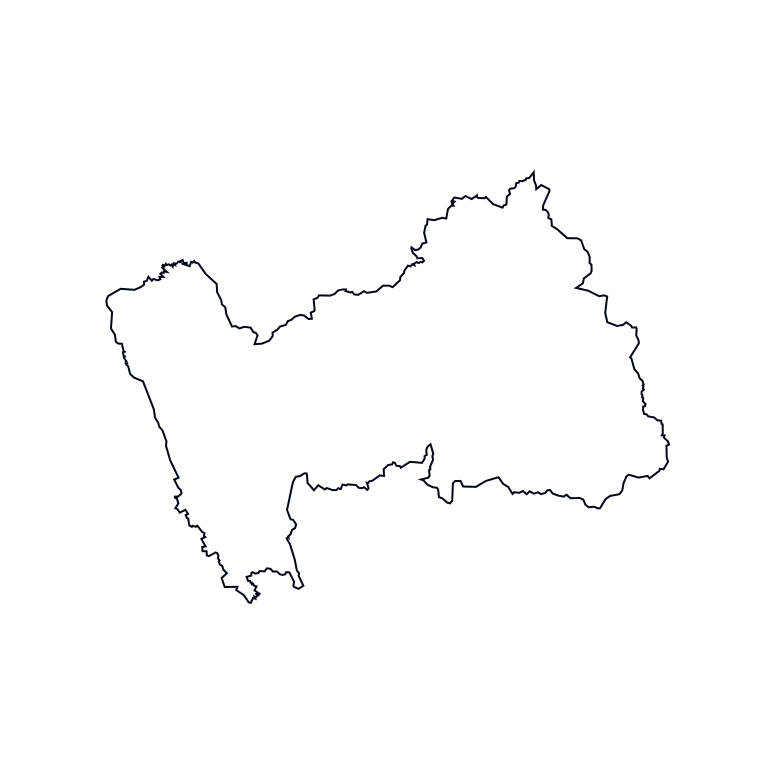 the district of El Carmen De Bolívar, Bolívar, Colombia, rotated 324°
{"feature_id": "7082276B24819369766558", "entity_name": "El Carmen De Bolívar", "entity_type": "district", "adm_level": 2, "iso_a3": "COL", "parent_name": "Colombia", "parent_adm1": "Bolívar", "projection": "natural_earth1", "projection_center": [-75.182, 9.704], "detail": "fine", "context": "isolated", "style": "outline", "palette": "ink", "viewbox_px": 768, "rotation_deg": 324, "n_neighbors": 0, "source": "geoboundaries", "source_scale": "gbopen_adm2", "svg_char_len": 6166}
<svg xmlns="http://www.w3.org/2000/svg" viewBox="0 0 768 768"><g transform="rotate(324 384 384)"><path d="M618.6,414.4L622.0,409.3L621.4,407.0L625.0,402.3L626.4,396.9L625.3,392.5L627.9,383.7L626.1,379.8L618.0,373.8L615.0,360.3L612.7,354.8L616.1,349.3L614.5,346.2L617.0,343.7L617.6,340.5L617.1,338.1L615.0,336.3L618.0,332.9L631.1,325.3L632.2,323.6L628.2,315.5L621.7,315.9L623.7,312.8L625.1,307.4L629.6,300.7L622.6,302.7L619.8,301.2L619.0,302.0L615.2,301.3L612.8,299.3L611.4,300.3L608.9,299.3L606.5,301.8L604.5,302.1L600.7,300.1L599.0,300.8L597.6,304.4L593.6,304.5L588.5,310.7L585.9,309.9L583.6,311.0L578.0,302.7L576.4,292.6L574.6,292.9L569.4,288.6L569.1,287.0L570.0,286.0L563.6,285.9L560.4,279.8L555.9,280.0L550.5,274.5L546.0,275.8L545.5,277.0L546.9,276.1L548.3,277.9L545.3,278.3L545.1,280.6L543.5,279.3L538.7,280.0L531.6,286.7L528.9,283.8L520.9,281.0L516.1,276.2L512.6,280.3L510.6,280.4L505.3,285.3L501.5,294.4L497.5,292.9L493.8,295.2L490.4,295.3L487.8,293.8L486.6,289.6L485.9,290.1L484.4,295.1L485.4,299.5L484.9,302.0L489.0,304.5L488.8,307.9L486.4,308.1L485.4,306.7L483.1,306.5L482.1,304.6L478.8,304.3L478.4,305.7L477.2,303.7L474.6,304.4L472.9,302.3L466.9,304.4L465.5,305.9L460.0,307.1L457.9,309.5L447.9,310.7L445.9,307.4L441.0,303.9L432.1,304.6L423.8,300.2L422.5,297.2L415.4,296.7L412.5,293.9L412.5,290.9L410.9,290.4L407.5,286.3L408.8,285.2L406.4,283.4L402.2,281.4L396.8,282.1L392.3,280.8L383.5,274.1L380.9,275.2L376.8,274.2L371.6,283.0L370.5,284.0L366.7,283.2L364.0,288.8L361.2,287.1L359.5,281.5L357.0,278.9L351.4,277.1L346.6,277.6L343.1,276.6L339.3,278.5L333.7,276.4L329.6,277.4L324.0,276.9L322.2,279.8L316.5,281.5L309.0,279.6L302.7,275.7L310.2,270.4L310.4,267.2L308.8,265.4L309.2,260.0L304.7,255.7L299.7,254.0L298.0,249.9L294.8,248.2L297.3,235.2L300.7,228.6L299.7,224.4L301.7,220.2L303.0,211.6L307.4,204.7L304.4,190.1L304.7,177.3L302.6,174.8L302.7,172.9L300.5,173.3L299.8,171.8L296.0,174.5L294.1,171.7L295.5,169.9L293.6,169.0L292.8,170.0L291.9,168.7L293.1,168.3L294.0,165.3L291.6,165.0L291.1,166.1L289.5,164.0L287.2,164.8L285.5,163.2L284.9,165.0L283.9,163.1L282.1,164.8L282.2,162.5L281.0,162.7L280.3,160.8L278.2,160.1L278.1,158.5L276.3,159.5L275.1,157.6L274.2,158.1L274.6,159.8L273.0,159.6L274.2,165.7L272.1,163.5L271.0,164.7L269.8,163.2L267.9,163.4L268.4,167.7L265.3,165.4L264.6,167.8L261.9,167.1L259.2,163.5L256.9,164.0L256.4,158.8L252.7,161.1L249.9,160.1L248.2,162.7L244.0,162.6L237.4,161.1L226.9,152.2L212.5,150.7L208.5,153.2L206.0,157.7L206.3,166.0L195.7,178.7L195.3,186.0L191.9,192.1L192.7,195.0L195.6,197.4L192.7,204.2L193.1,205.4L191.4,204.9L189.7,208.5L190.5,209.4L189.0,209.9L188.9,214.6L188.1,214.6L188.2,216.2L187.0,215.9L187.4,219.4L184.5,226.7L185.6,232.1L190.6,240.1L182.9,269.3L179.0,276.6L178.6,282.6L177.0,286.5L177.5,291.4L174.2,302.7L171.3,305.8L166.1,320.3L162.7,339.1L158.1,338.0L156.6,347.2L157.3,350.2L155.8,353.6L151.5,354.1L148.6,352.2L148.0,353.1L149.1,355.0L147.5,359.7L142.2,361.9L143.3,363.8L143.2,368.0L149.4,369.1L149.1,373.9L146.5,373.5L145.8,376.4L146.5,377.7L143.3,384.1L144.6,386.6L145.6,386.1L147.9,388.9L149.7,389.0L149.9,396.6L151.1,399.0L148.9,401.2L149.4,402.7L145.2,402.0L144.2,410.5L141.1,409.1L139.0,412.6L142.1,415.1L139.9,418.6L141.1,420.3L148.7,421.3L149.6,422.7L149.2,425.4L147.2,427.4L147.2,430.1L146.0,430.4L145.1,433.5L146.2,436.1L144.9,439.5L145.6,444.8L138.6,445.5L135.8,454.6L146.2,461.9L143.3,463.8L146.5,472.3L146.2,481.0L147.6,482.8L152.3,480.1L153.7,482.1L154.3,480.2L154.7,481.4L156.8,480.9L157.2,478.7L158.9,479.2L158.6,481.0L160.0,480.7L157.9,474.9L161.9,472.8L160.2,470.4L160.7,468.8L159.4,468.2L160.3,466.9L159.3,466.2L159.8,464.5L158.3,463.4L159.5,459.3L163.9,461.0L165.5,459.0L167.0,459.0L168.7,461.9L171.2,463.1L173.4,462.2L177.2,465.4L180.9,464.3L183.5,466.7L184.0,470.6L187.1,472.6L188.0,476.8L189.9,479.1L192.3,479.8L194.2,478.7L196.7,480.7L195.0,491.3L192.1,493.9L192.0,495.4L194.5,499.5L200.2,499.8L202.2,489.0L204.0,487.3L203.9,483.7L208.8,473.0L213.8,458.2L214.4,451.8L216.3,451.3L216.5,452.2L217.2,450.9L219.9,450.7L223.8,448.0L227.4,448.3L230.4,445.9L230.6,440.6L228.9,438.4L231.5,428.9L252.8,409.7L258.2,407.2L261.7,409.1L267.1,409.5L268.7,410.8L268.4,412.1L264.0,419.1L264.9,428.8L271.3,427.3L274.2,434.6L276.5,434.5L280.2,439.8L283.2,441.8L285.7,441.4L287.2,443.6L291.3,441.0L293.9,443.9L295.5,443.8L301.9,449.2L302.6,453.2L305.0,455.4L307.2,455.7L308.2,459.8L310.2,459.4L312.1,453.8L312.8,454.8L314.8,454.1L317.4,455.3L326.9,455.5L330.0,458.4L333.7,452.7L339.9,452.0L343.3,453.8L345.4,452.7L346.5,454.5L345.9,457.3L348.6,459.8L348.3,461.6L359.3,462.2L368.3,470.1L372.8,468.5L374.4,466.2L376.9,466.5L379.2,462.4L382.4,460.3L386.2,460.1L382.8,469.6L381.0,470.5L379.0,474.2L372.7,478.0L371.5,480.1L369.8,480.2L366.9,485.1L364.6,485.8L357.8,483.0L359.3,485.2L359.9,490.9L362.7,496.1L365.8,499.1L365.7,501.4L362.0,507.7L364.2,511.3L365.4,517.1L367.3,519.4L370.5,518.6L381.4,504.8L384.5,504.3L388.9,507.4L387.8,513.5L398.0,521.3L409.4,522.3L421.8,526.7L421.7,534.8L424.0,540.4L423.4,548.5L425.8,548.1L429.3,551.5L433.5,552.2L434.7,557.1L438.6,556.4L441.0,561.0L445.0,562.1L446.3,565.4L450.3,566.9L453.5,566.0L456.0,567.3L456.1,571.7L459.2,576.5L463.0,580.6L466.6,580.9L467.7,586.0L475.2,591.1L477.3,594.7L476.0,600.0L477.1,604.0L481.8,606.8L484.3,610.7L485.9,611.4L495.7,607.3L501.3,607.5L509.8,611.6L514.4,610.0L519.4,605.1L525.9,601.2L528.7,601.2L534.9,609.3L543.2,613.3L543.4,616.4L555.8,616.1L557.3,614.8L560.1,617.3L568.3,613.7L569.4,609.8L576.3,599.9L579.0,600.6L580.0,597.5L578.9,591.7L580.8,590.6L578.6,588.8L580.5,587.8L585.7,580.5L585.1,579.6L586.6,576.5L583.9,574.1L582.8,569.7L578.8,565.6L578.5,562.7L576.9,561.2L578.2,557.3L580.4,554.6L582.1,555.3L583.8,553.9L583.3,550.0L585.4,547.9L585.1,546.2L586.3,545.5L586.4,543.6L588.0,541.5L590.9,541.3L591.0,539.4L592.5,538.6L592.6,537.1L593.7,537.1L595.0,533.3L594.2,529.6L595.8,524.8L595.2,519.4L599.2,508.6L598.7,507.1L614.1,500.9L615.6,498.3L616.6,493.0L620.7,488.0L621.2,486.4L617.9,484.1L618.2,482.0L616.1,476.4L612.2,476.7L606.7,474.1L601.0,465.3L604.7,456.5L616.0,444.4L614.1,441.6L609.7,439.5L604.1,428.6L595.9,419.2L604.1,419.4L607.7,416.1L616.3,415.9L618.6,414.4Z" fill="none" stroke="#020617" stroke-width="2"/></g></svg>